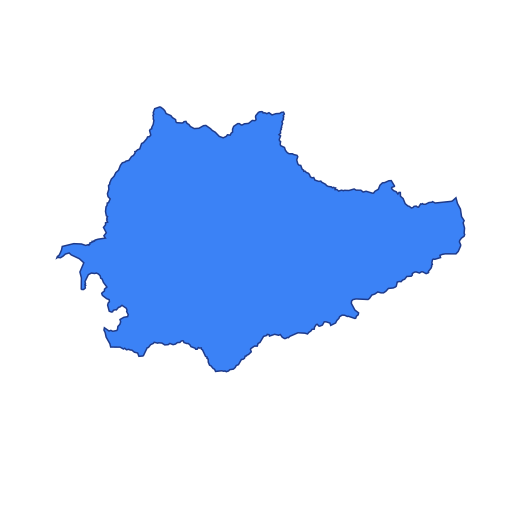 Jaen, Cajamarca, Peru (Mercator projection), rotated 31°
{"feature_id": "86281439B77742651017236", "entity_name": "Jaen", "entity_type": "district", "adm_level": 2, "iso_a3": "PER", "parent_name": "Peru", "parent_adm1": "Cajamarca", "projection": "mercator", "projection_center": [-79.01, -5.73], "detail": "fine", "context": "isolated", "style": "filled", "palette": "blue", "viewbox_px": 512, "rotation_deg": 31, "n_neighbors": 0, "source": "geoboundaries", "source_scale": "gbopen_adm2", "svg_char_len": 6127}
<svg xmlns="http://www.w3.org/2000/svg" viewBox="0 0 512 512"><g transform="rotate(31 256 256)"><path d="M397.4,103.1L396.0,107.6L395.2,108.6L382.3,118.3L379.3,118.5L379.1,119.3L376.7,121.1L374.6,124.4L372.7,125.5L371.8,125.3L370.8,126.6L370.3,126.6L370.2,130.4L369.2,130.9L367.6,130.7L365.9,132.1L365.6,133.6L364.5,134.8L361.9,134.5L360.4,134.9L356.9,134.3L352.5,131.0L349.1,130.4L347.0,127.2L345.9,127.8L345.7,129.8L343.1,128.7L340.4,129.1L338.1,128.6L337.2,128.0L337.1,127.2L338.8,125.1L338.7,124.7L333.1,121.7L331.1,123.1L328.5,126.8L326.7,128.2L325.8,131.5L326.5,135.8L324.6,139.3L324.4,141.5L323.4,142.2L317.0,143.8L314.9,146.0L312.0,145.6L307.9,148.0L305.6,148.0L301.9,152.0L297.9,154.2L297.5,154.9L295.3,155.6L293.4,157.8L291.1,157.4L289.6,158.3L289.1,156.7L288.3,157.3L287.3,157.1L286.3,158.2L285.0,157.9L282.0,159.2L280.1,159.3L278.8,158.7L274.2,158.9L273.0,158.4L271.4,159.7L267.4,160.6L265.1,159.0L263.8,160.1L261.9,160.2L259.6,158.5L258.1,158.1L256.2,158.5L254.4,158.0L253.3,158.8L252.6,157.9L250.8,157.8L247.7,155.3L246.1,156.0L244.4,155.5L241.4,152.7L240.7,149.4L239.3,148.6L235.7,149.7L234.8,149.5L231.7,151.3L229.5,151.3L226.7,150.2L224.5,148.3L220.3,148.7L219.2,147.8L218.1,145.2L216.8,145.1L215.9,144.2L215.2,140.4L213.2,140.2L213.8,137.9L212.8,136.7L212.3,135.4L212.5,134.4L211.6,133.6L211.9,132.8L211.0,131.5L210.5,128.6L209.1,127.7L209.1,124.4L208.3,124.0L208.1,122.4L207.0,121.6L207.2,119.7L205.5,118.5L203.8,119.8L202.9,121.6L199.8,123.7L197.1,126.8L193.3,126.5L192.0,128.4L189.9,128.7L188.3,129.7L187.6,129.1L186.7,129.2L184.9,130.5L184.1,131.7L183.5,135.7L183.9,137.0L185.7,138.9L185.7,139.8L185.3,140.6L183.0,141.7L181.3,146.2L177.9,148.7L176.9,150.5L175.9,151.3L173.5,151.1L172.1,152.0L170.1,156.4L170.6,159.4L172.1,161.8L171.4,163.6L171.7,165.6L169.1,166.8L168.9,168.8L167.0,171.6L162.9,172.4L157.4,170.9L153.8,170.9L151.5,170.3L145.8,169.9L143.9,171.3L141.3,175.9L137.4,178.6L133.1,178.8L130.7,177.8L128.7,177.9L126.6,176.7L125.1,177.9L124.9,179.2L124.1,180.1L119.5,182.5L118.2,182.2L116.8,180.5L113.0,180.4L110.8,179.5L105.6,180.2L102.9,178.4L100.7,177.8L97.6,177.5L96.6,177.9L93.3,181.9L94.1,186.2L95.3,187.1L95.2,188.5L96.4,189.6L97.4,191.6L98.6,192.3L100.1,196.1L100.4,199.5L101.1,200.6L100.1,202.0L100.2,203.3L103.5,206.5L103.2,208.5L101.7,209.8L102.0,211.6L101.1,216.8L100.0,218.5L101.2,224.1L99.7,226.1L99.3,228.0L98.4,228.9L99.3,229.9L99.2,232.9L98.1,234.9L97.8,239.5L95.6,241.7L95.2,243.0L93.4,245.0L93.1,248.1L94.0,253.3L92.9,256.8L93.3,260.8L92.4,264.6L93.0,268.7L93.6,269.7L93.3,271.6L95.5,274.6L96.6,279.2L98.6,281.3L101.6,282.2L102.1,286.3L101.2,287.2L102.3,289.5L102.1,291.0L104.1,295.4L107.0,298.6L108.5,298.7L108.6,300.5L109.6,301.0L109.4,302.0L111.4,303.4L109.9,305.0L111.0,306.9L110.5,310.0L115.7,313.2L115.2,317.0L117.7,318.2L112.0,322.9L109.8,325.3L109.9,326.4L109.1,326.7L108.9,327.7L108.0,327.8L108.2,328.9L106.9,330.4L107.5,331.6L107.0,332.1L107.1,332.8L106.4,332.7L104.5,334.7L100.2,335.6L93.4,339.3L85.0,347.6L86.2,351.0L86.7,354.7L86.8,356.9L86.0,358.7L86.3,360.2L86.7,359.4L89.3,358.2L90.7,355.5L91.6,352.5L94.3,349.6L97.0,350.2L106.0,349.3L111.9,350.5L113.3,360.4L117.6,364.7L123.2,374.3L124.0,374.4L125.5,373.5L126.2,371.3L124.8,369.7L125.1,368.8L123.9,368.4L124.0,367.4L122.6,366.1L121.9,358.3L123.7,355.4L126.7,354.1L128.0,352.8L130.2,352.6L132.6,353.2L134.3,355.0L136.0,355.0L138.8,357.2L144.2,359.4L143.2,362.4L144.1,364.1L143.0,366.8L143.1,367.7L144.7,368.9L150.0,369.5L152.6,369.0L153.9,370.7L153.5,372.3L154.1,374.5L158.6,378.9L160.9,378.5L161.8,377.7L161.7,376.0L163.1,374.5L164.1,374.1L164.6,370.8L165.6,369.8L166.5,367.3L171.7,367.6L173.3,368.8L173.7,370.2L176.7,372.1L177.2,374.1L174.3,376.6L172.1,380.5L173.9,382.1L174.5,384.7L173.9,387.5L175.1,390.3L175.0,391.6L172.0,394.3L169.9,394.5L168.6,396.0L163.0,395.6L163.8,397.8L166.1,399.3L169.3,402.7L176.0,406.5L178.3,408.9L186.5,404.1L190.3,404.0L191.0,402.7L193.3,403.1L195.0,401.5L196.5,401.4L198.1,400.6L201.3,401.1L204.5,400.1L207.3,402.3L210.5,400.0L210.8,399.3L210.0,390.7L210.9,389.8L211.3,386.3L213.0,383.8L213.2,382.4L216.7,381.3L217.3,380.5L220.2,379.1L223.6,379.2L226.4,377.2L227.2,375.3L230.6,374.7L232.3,373.0L233.2,370.7L235.3,369.3L235.7,367.4L236.8,366.4L237.6,366.3L238.8,367.3L242.0,366.6L242.8,365.9L245.1,366.2L246.9,367.2L251.3,366.4L252.3,367.0L253.6,366.2L253.7,364.2L254.8,364.1L256.5,363.0L257.2,364.0L258.5,364.0L264.4,368.0L266.3,367.9L266.7,369.0L268.1,369.0L269.8,371.6L272.4,373.5L273.8,373.3L277.2,374.5L278.8,374.4L280.8,375.8L285.6,372.1L287.9,371.3L288.6,370.5L290.1,370.5L291.7,368.7L292.0,367.0L294.9,364.6L295.6,362.3L295.5,360.0L296.9,358.2L296.8,352.2L298.0,351.3L298.8,349.7L298.3,347.4L299.3,346.6L299.3,345.6L300.3,344.3L301.3,340.6L299.3,338.8L299.2,338.1L301.1,334.0L303.5,332.6L302.8,329.9L303.9,328.1L303.9,321.0L306.1,318.6L306.0,317.4L307.7,316.7L308.8,317.7L312.3,313.5L316.2,312.3L317.3,310.8L320.3,312.1L322.9,312.1L323.9,311.4L324.7,309.8L325.9,309.3L326.3,307.5L331.5,300.2L337.6,297.0L340.3,296.3L340.6,294.3L341.7,292.0L341.8,290.0L343.6,288.7L342.8,286.9L343.0,283.6L343.7,283.0L346.0,283.7L346.8,283.3L348.5,281.0L348.4,277.3L350.0,276.3L353.9,275.4L355.8,277.0L358.7,272.4L358.5,269.7L359.2,266.8L358.9,265.0L360.3,262.3L362.6,261.1L365.4,260.8L366.2,260.1L372.9,258.6L373.5,258.0L373.1,255.8L373.9,253.8L373.2,251.9L368.6,251.4L362.1,247.5L361.1,245.3L361.5,243.5L363.8,241.3L374.4,235.6L375.1,233.9L375.4,229.8L377.5,227.3L378.9,224.1L382.2,223.2L384.3,221.9L385.5,219.3L386.2,215.6L390.1,212.7L391.5,210.7L391.8,209.7L390.5,205.6L391.9,204.1L393.6,203.3L394.0,201.2L395.4,199.3L395.8,195.9L399.5,193.3L399.8,191.8L399.0,190.6L400.0,188.4L401.4,187.2L404.9,186.4L406.0,184.3L407.1,183.7L410.9,183.5L412.3,181.7L412.4,181.1L411.7,180.4L412.3,176.3L412.0,174.5L411.2,173.5L411.6,172.5L410.2,171.2L409.2,168.3L409.5,167.4L411.0,166.7L415.0,162.3L413.3,160.7L414.9,158.6L417.2,156.6L426.3,151.2L427.0,147.9L426.2,141.9L425.6,140.9L423.1,139.2L422.6,137.8L422.9,134.8L424.2,131.9L423.8,130.1L422.7,129.3L420.4,124.7L416.5,120.9L416.2,118.5L411.9,116.4L407.1,110.5L401.6,107.2L397.4,103.1Z" fill="#3b82f6" stroke="#1e3a8a" stroke-width="1.5"/></g></svg>